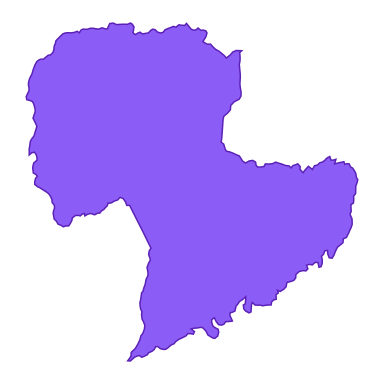 Itapuranga, Goiás, Brazil (Robinson projection)
{"feature_id": "56859067B45624667029655", "entity_name": "Itapuranga", "entity_type": "district", "adm_level": 2, "iso_a3": "BRA", "parent_name": "Brazil", "parent_adm1": "Goiás", "projection": "robinson", "projection_center": [-49.942, -15.57], "detail": "fine", "context": "isolated", "style": "filled", "palette": "violet", "viewbox_px": 384, "rotation_deg": 0, "n_neighbors": 0, "source": "geoboundaries", "source_scale": "gbopen_adm2", "svg_char_len": 5064}
<svg xmlns="http://www.w3.org/2000/svg" viewBox="0 0 384 384"><path d="M240.3,87.6L239.9,84.2L240.1,80.4L240.3,77.2L240.2,73.8L239.3,64.4L240.0,60.9L240.1,57.3L239.7,52.6L241.7,50.7L238.7,50.6L236.2,50.5L232.8,52.0L230.3,54.9L226.3,58.0L224.3,55.6L219.1,51.3L215.4,49.2L212.7,46.6L210.5,44.1L207.2,44.2L202.9,41.7L205.9,36.8L207.0,32.9L205.9,30.9L203.4,30.1L200.8,30.3L198.0,28.0L196.2,29.8L193.8,30.2L191.2,29.2L189.7,27.4L186.5,23.4L184.8,25.4L181.1,25.2L178.9,24.8L175.9,27.2L173.4,26.4L171.0,27.4L167.6,28.7L165.0,29.8L163.2,32.3L160.3,33.0L157.3,31.9L155.3,29.8L152.9,29.1L150.9,30.2L148.4,32.9L142.4,33.9L140.0,32.2L138.0,33.0L135.3,34.6L132.9,32.7L133.5,30.1L134.0,26.9L132.4,24.3L130.5,23.0L127.5,24.3L123.5,24.2L121.1,24.3L116.4,24.6L113.4,23.1L109.8,23.5L108.4,26.3L107.5,28.8L105.3,28.9L102.2,27.8L98.5,29.1L96.1,28.8L93.4,28.3L90.2,28.3L87.5,29.3L83.0,29.1L81.0,30.1L79.3,32.8L77.2,31.3L74.0,32.5L70.5,32.9L68.1,32.7L65.1,33.0L62.8,33.9L59.8,36.8L57.4,39.2L55.9,40.9L55.3,43.7L54.2,46.1L53.8,50.1L52.8,52.6L50.5,54.9L48.3,55.2L46.5,56.6L43.4,59.2L40.6,59.2L38.6,60.1L36.7,61.7L34.9,65.1L33.4,69.0L32.0,73.8L30.9,76.0L29.5,78.9L28.6,82.0L28.4,84.9L29.0,87.9L29.0,90.7L27.6,93.5L26.2,96.8L26.8,99.7L30.2,100.6L32.4,101.5L33.6,103.7L34.3,106.0L35.1,109.2L35.1,112.2L34.1,114.8L33.0,118.2L34.9,121.9L36.9,126.3L35.7,130.3L33.9,136.1L31.5,139.2L30.3,141.5L29.7,146.2L29.2,148.9L29.2,155.0L31.7,152.8L34.5,152.2L36.1,154.5L37.0,157.4L37.0,160.2L33.8,162.9L33.1,165.3L32.7,167.8L33.3,173.0L35.8,174.4L37.4,176.2L35.6,178.3L34.8,181.3L34.7,184.4L37.6,186.8L39.6,187.6L42.1,189.3L46.5,192.0L48.6,193.7L50.0,195.5L51.8,199.2L52.2,202.6L54.2,205.1L54.6,207.9L53.5,211.0L53.2,213.5L53.6,215.7L54.2,219.1L56.3,221.1L58.1,224.2L60.9,225.2L63.3,226.8L65.8,225.9L68.7,225.9L70.2,223.7L71.8,220.7L72.3,217.9L75.5,215.5L78.2,215.4L80.3,215.9L82.3,214.1L84.4,213.5L84.9,215.9L87.7,214.2L90.8,213.5L94.7,214.8L97.6,213.2L99.8,213.1L101.4,211.0L103.8,209.5L105.4,207.6L107.3,205.7L108.0,203.2L110.5,203.1L112.4,202.3L114.2,201.1L117.6,200.0L120.1,197.4L123.2,198.6L125.5,201.9L126.8,205.4L129.6,205.4L143.8,233.5L146.4,238.9L151.0,248.2L149.3,250.7L148.6,254.4L149.9,258.1L150.3,260.3L148.7,262.9L147.0,267.5L147.5,269.8L148.1,273.6L147.7,276.1L146.1,279.3L145.1,284.6L143.8,288.0L143.0,291.2L141.6,292.9L140.6,300.0L139.9,302.5L140.1,305.8L140.6,308.8L142.0,312.0L141.5,314.5L142.2,319.5L143.4,321.5L144.8,325.3L144.4,329.1L142.8,333.4L140.9,335.8L139.9,339.8L137.8,344.2L135.3,348.5L131.2,352.4L131.0,356.1L129.7,358.1L127.7,360.8L130.3,361.0L134.6,357.2L137.5,355.9L139.6,355.6L141.7,357.3L143.6,356.5L145.6,355.6L147.4,354.7L148.7,352.7L152.0,351.3L154.3,349.4L155.7,346.6L157.9,346.6L160.4,348.7L164.0,349.5L166.1,349.1L168.4,347.4L170.9,345.1L173.9,343.8L175.8,341.5L178.8,339.4L183.9,337.0L186.2,335.7L187.7,333.7L190.2,333.6L193.3,334.2L194.5,331.6L191.1,329.0L193.8,328.2L197.1,328.0L201.1,327.3L203.2,328.1L206.0,331.2L207.9,335.0L210.5,336.6L212.5,337.9L214.8,338.4L217.7,336.0L218.7,332.3L218.2,329.3L215.3,327.8L213.0,326.2L211.7,322.4L211.7,319.7L214.3,317.7L216.3,321.8L218.6,324.7L221.5,325.1L223.8,324.3L225.7,321.7L230.3,321.4L232.4,321.0L230.8,317.4L229.8,315.3L230.2,312.8L232.2,312.3L234.9,311.1L236.1,306.1L238.0,303.9L239.4,301.6L242.9,299.3L245.7,296.7L245.7,299.5L245.2,303.9L243.3,305.0L243.8,308.8L245.5,311.0L249.1,312.9L251.0,311.9L251.3,307.4L251.5,304.8L252.3,302.5L255.1,305.1L258.2,305.2L260.4,305.1L262.6,305.8L265.3,305.3L268.6,305.0L271.1,305.0L271.6,301.9L273.7,299.9L276.2,299.3L276.0,294.7L278.3,293.0L277.5,290.4L280.3,291.4L283.7,289.3L286.1,286.8L286.9,282.5L290.7,281.5L293.8,280.4L295.7,278.0L295.9,274.5L299.2,271.5L302.9,270.6L305.9,270.9L307.9,268.9L306.5,265.2L309.4,264.4L312.3,264.9L315.3,262.3L318.0,262.6L319.0,267.3L321.1,266.6L322.2,263.4L322.3,260.0L321.5,256.2L323.4,254.5L325.0,250.6L327.6,250.5L327.7,253.8L329.2,257.8L332.1,258.2L333.9,255.3L335.0,252.5L336.3,249.4L337.5,247.2L340.2,245.0L343.0,242.7L343.3,238.8L346.4,237.5L348.7,233.0L349.8,230.2L351.2,227.4L352.2,224.2L352.0,218.7L351.0,216.5L350.0,214.2L351.2,211.4L351.0,207.8L351.0,204.6L353.4,203.1L353.8,199.7L353.6,196.2L355.6,193.6L355.8,186.1L356.9,183.1L357.8,179.7L356.4,177.4L355.8,173.4L354.4,170.7L352.7,168.2L350.3,166.6L349.3,164.0L347.2,163.6L344.8,164.3L343.9,161.7L340.7,162.4L338.6,162.9L334.6,163.8L335.9,159.3L332.9,160.2L330.9,160.0L329.8,156.5L326.7,158.2L324.7,160.4L322.6,162.0L319.7,162.8L317.5,165.0L314.5,165.7L312.4,169.5L308.4,166.3L305.3,169.7L303.0,172.7L300.0,169.3L300.2,166.6L297.8,163.8L295.1,164.9L292.9,165.6L291.0,167.9L289.1,165.9L285.5,165.5L281.4,163.9L278.0,163.0L275.8,162.1L272.2,163.8L268.7,164.0L265.3,163.9L264.1,166.4L261.2,167.0L257.6,167.0L256.1,165.3L255.6,162.1L252.8,160.4L249.3,160.9L245.5,163.0L242.6,161.1L241.2,158.8L239.3,155.9L235.8,154.5L232.4,152.9L229.1,151.7L226.5,151.3L225.2,149.1L223.7,144.1L221.2,142.2L221.9,136.5L223.1,119.1L223.9,116.2L227.9,112.8L230.4,109.8L230.7,105.5L234.2,101.8L239.2,99.2L241.0,96.0L241.1,92.2L240.3,87.6Z" fill="#8b5cf6" stroke="#5b21b6" stroke-width="1.5"/></svg>